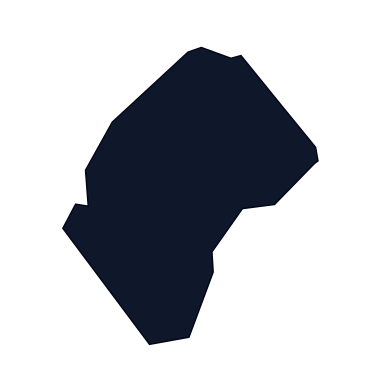 outline of Taylor, West Virginia, United States of America, rotated 143°
{"feature_id": "52423323B92810723022210", "entity_name": "Taylor", "entity_type": "district", "adm_level": 2, "iso_a3": "USA", "parent_name": "United States of America", "parent_adm1": "West Virginia", "projection": "equal_earth", "projection_center": [-80.076, 39.345], "detail": "fine", "context": "isolated", "style": "filled", "palette": "ink", "viewbox_px": 384, "rotation_deg": 143, "n_neighbors": 0, "source": "geoboundaries", "source_scale": "gbopen_adm2", "svg_char_len": 401}
<svg xmlns="http://www.w3.org/2000/svg" viewBox="0 0 384 384"><g transform="rotate(143 192 192)"><path d="M72.7,141.0L66.4,153.3L68.6,209.9L70.8,271.5L80.4,275.3L97.6,301.8L110.9,306.1L213.5,295.8L263.9,273.5L283.4,243.1L292.3,252.3L317.0,240.7L317.6,95.9L281.8,77.9L223.3,115.3L212.1,132.2L161.7,148.4L133.6,132.4L76.8,141.1L72.7,141.0Z" fill="#0f172a" stroke="#020617" stroke-width="1.5"/></g></svg>